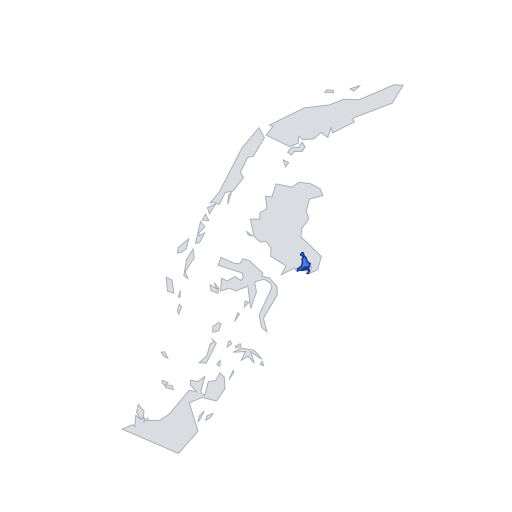 Bulungan, Kalimantan Timur, Indonesia (highlighted), rotated 111°
{"feature_id": "22746128B10941975158621", "entity_name": "Bulungan", "entity_type": "district", "adm_level": 2, "iso_a3": "IDN", "parent_name": "Indonesia", "parent_adm1": "Kalimantan Timur", "projection": "orthographic", "projection_center": [117.459, 2.847], "detail": "fine", "context": "in_parent", "style": "filled", "palette": "blue", "viewbox_px": 512, "rotation_deg": 111, "n_neighbors": 0, "source": "geoboundaries", "source_scale": "gbopen_adm2", "svg_char_len": 8411}
<svg xmlns="http://www.w3.org/2000/svg" viewBox="0 0 512 512"><g transform="rotate(111 256 256)"><path d="M175.5,215.3L183.7,226.5L196.1,225.2L202.5,220.0L213.4,223.1L221.9,221.1L233.0,194.9L246.6,193.5L253.0,199.7L246.1,200.4L255.8,212.8L253.1,215.6L264.5,225.6L254.3,224.5L251.0,242.3L243.1,244.9L238.7,252.0L241.5,256.9L238.5,264.7L223.6,274.6L220.3,265.7L214.2,267.8L207.8,262.8L196.7,268.6L195.1,262.3L181.5,263.0L178.8,246.9L171.9,242.4L169.0,231.3L170.2,220.4L175.5,215.3ZM43.9,179.8L64.4,183.6L90.7,212.9L94.0,215.2L95.5,212.3L113.7,228.6L109.2,232.0L119.6,231.4L117.4,239.6L126.0,244.1L130.6,254.2L128.8,259.0L135.7,257.0L141.8,264.0L139.5,289.7L129.1,286.7L128.9,290.4L100.5,264.1L88.6,241.6L78.2,230.2L73.2,215.7L46.7,188.5L43.9,179.8ZM468.1,257.6L465.6,319.0L457.6,310.5L458.8,308.0L447.8,311.1L449.9,305.0L447.1,301.9L448.1,301.4L449.8,301.6L450.9,301.2L445.9,298.9L448.3,298.2L444.0,287.1L434.8,280.4L405.2,270.2L404.1,262.9L399.9,271.0L395.4,272.6L394.1,265.4L386.9,260.6L402.9,258.9L404.9,253.9L390.1,255.4L386.7,249.0L378.0,247.8L380.5,242.3L391.0,237.4L405.5,240.9L407.4,255.8L416.9,265.7L440.2,247.4L468.1,257.6ZM320.7,225.2L310.0,231.9L279.8,229.9L276.1,232.4L274.8,240.2L280.6,248.0L289.3,242.8L306.9,242.2L287.1,252.8L296.0,262.5L295.6,269.3L301.4,276.6L289.2,280.1L289.6,273.8L282.7,268.4L284.2,261.1L280.4,260.3L276.7,263.0L278.2,288.0L269.9,288.2L270.6,273.3L269.1,268.4L263.4,267.3L262.6,260.9L269.5,243.6L272.8,243.1L271.6,235.8L276.8,225.7L284.5,222.2L311.6,226.7L322.8,218.6L320.7,225.2ZM142.6,290.6L163.7,294.3L167.0,299.1L183.5,300.7L187.3,295.8L203.4,300.6L207.9,307.5L221.1,308.8L221.0,314.5L222.9,317.9L210.3,313.4L160.1,307.8L135.1,299.2L142.6,290.6ZM347.6,226.4L356.5,219.4L352.5,227.5L358.5,232.4L349.0,231.7L354.1,243.0L347.2,236.8L344.7,223.7L350.3,213.5L347.6,226.4ZM351.8,261.8L373.9,264.1L376.0,270.9L367.1,266.0L354.7,267.3L351.2,264.5L349.0,267.8L351.8,261.8ZM300.2,316.4L283.7,319.5L272.1,317.3L279.7,313.0L295.9,316.5L301.5,311.6L300.2,316.4ZM252.8,312.2L263.8,313.5L265.8,317.0L243.7,320.2L247.2,314.2L254.8,317.6L257.3,316.3L252.8,312.2ZM320.2,319.3L320.4,326.1L308.0,332.2L308.7,325.7L320.2,319.3ZM141.7,250.3L144.8,257.9L149.0,259.0L147.7,263.7L141.4,261.3L139.4,255.2L133.2,253.8L136.3,249.4L141.7,250.3ZM444.7,311.5L436.8,312.7L441.0,305.0L447.2,303.2L449.0,306.0L444.7,311.5ZM274.0,323.6L279.1,326.8L281.4,330.4L276.2,331.7L264.1,325.0L274.0,323.6ZM339.2,264.0L342.7,269.1L337.5,271.0L331.6,267.2L332.0,264.2L339.2,264.0ZM221.7,312.3L233.4,314.6L228.1,318.7L221.7,312.3ZM240.0,312.7L241.7,319.0L234.9,318.1L240.0,312.7ZM162.2,260.3L156.6,265.1L157.0,259.0L162.2,260.3ZM410.3,285.3L411.3,293.5L408.8,293.9L406.9,288.0L410.3,285.3ZM217.9,300.9L209.0,303.4L205.2,301.9L217.9,300.9ZM304.4,278.1L304.4,285.5L299.2,288.6L301.3,278.8L304.4,278.1ZM59.5,219.7L67.1,224.1L66.1,228.0L59.5,219.7ZM78.3,250.5L75.2,248.9L73.8,242.8L76.1,242.6L78.3,250.5ZM379.8,310.0L378.2,307.0L383.0,301.6L382.7,306.4L379.8,310.0ZM372.2,235.0L381.2,236.9L371.0,236.3L372.2,235.0ZM316.2,250.6L324.7,252.6L315.4,252.5L316.2,250.6ZM300.3,281.7L295.8,285.4L299.8,278.8L300.3,281.7ZM418.4,239.8L423.0,240.5L427.3,243.9L423.2,244.8L418.4,239.8ZM338.0,307.3L334.9,310.0L328.6,310.3L330.3,307.3L338.0,307.3ZM409.7,294.9L407.6,298.8L405.5,298.7L405.9,292.6L409.7,294.9ZM351.5,250.3L345.9,251.0L344.4,249.7L346.7,247.2L351.5,250.3ZM419.1,248.8L425.7,249.3L431.9,250.6L425.9,251.6L419.1,248.8ZM301.9,246.1L307.7,248.6L301.8,250.0L301.9,246.1ZM355.8,213.2L352.0,212.5L355.6,209.6L355.8,213.2ZM315.2,314.4L321.5,312.2L322.3,313.6L315.2,314.4ZM372.0,250.4L371.0,253.8L366.3,252.1L368.7,251.1L372.0,250.4ZM239.1,270.8L236.6,273.1L238.6,265.9L239.1,270.8ZM346.0,237.6L348.9,242.2L347.8,242.9L343.5,239.3L346.0,237.6Z" fill="#d9dde1" stroke="#a8b0b8" stroke-width="1"/><path d="M255.0,211.7L253.2,209.9L253.1,208.7L252.3,208.4L251.3,208.4L251.3,208.1L251.7,208.0L251.8,207.7L251.6,207.8L251.3,207.7L251.2,207.6L251.2,207.4L250.9,207.4L249.9,206.9L249.9,206.7L249.7,206.6L249.4,206.7L249.3,206.8L249.2,206.7L249.2,206.9L249.0,206.7L248.9,206.9L248.9,207.1L248.9,206.8L249.3,206.0L249.2,205.9L248.9,205.8L248.9,205.6L249.0,205.6L249.3,205.5L249.1,205.5L249.0,205.3L249.1,205.2L249.3,205.4L249.5,205.2L250.0,205.1L249.7,204.7L248.9,204.6L248.6,204.8L248.2,204.8L248.2,205.1L248.2,204.8L248.6,204.7L248.6,204.4L248.1,204.6L247.9,204.5L247.5,204.7L247.8,204.5L248.3,204.4L248.1,204.1L247.9,204.3L248.1,204.1L247.1,203.8L248.2,203.8L248.2,204.0L248.5,204.0L248.7,204.3L249.2,204.1L249.4,203.9L249.0,203.9L249.0,203.7L248.7,203.5L249.1,203.5L249.2,203.3L249.3,203.2L249.2,202.8L248.8,202.7L248.7,202.9L248.4,202.9L248.5,203.1L248.4,202.9L248.5,202.8L248.7,202.5L248.3,202.3L247.9,203.3L247.3,202.9L246.7,203.0L246.4,202.5L246.1,202.4L245.2,202.6L244.0,202.6L243.5,202.8L243.3,202.6L243.7,203.6L243.8,204.2L243.6,204.6L243.1,204.7L243.0,205.3L243.1,206.0L242.4,206.3L241.6,207.4L240.3,208.1L240.2,208.4L239.2,209.3L239.1,210.2L238.6,211.3L238.3,211.2L237.8,212.0L237.1,212.1L236.4,213.3L236.0,213.3L236.0,213.5L236.6,214.4L237.3,214.3L237.6,214.6L237.8,214.5L238.8,214.9L239.1,214.6L239.0,213.3L240.3,211.5L240.2,211.0L241.5,211.5L241.5,211.8L242.9,211.7L244.0,210.9L246.3,210.1L247.7,210.2L248.6,209.9L249.5,210.0L250.4,210.9L251.1,211.1L251.4,210.9L252.8,212.7L253.3,212.7L253.8,212.1L254.4,212.1L255.0,211.7ZM253.8,201.3L253.2,200.7L252.8,200.9L252.8,201.2L253.8,202.0L253.8,201.3ZM250.7,205.7L250.3,205.7L249.9,205.8L249.6,206.1L249.4,206.0L249.0,206.7L249.1,206.8L249.1,206.7L250.0,206.6L249.9,206.5L249.9,206.4L250.3,205.7L250.6,205.7L250.9,206.0L250.7,205.7ZM251.0,201.3L249.5,201.1L249.9,201.2L249.8,201.4L250.7,201.5L250.8,201.8L251.5,201.7L251.0,201.3ZM249.9,203.1L249.3,203.3L249.3,203.6L249.8,203.6L250.0,203.4L250.1,203.5L250.5,203.7L250.4,203.3L249.9,203.1ZM252.4,207.3L250.8,207.3L251.2,207.4L251.3,207.7L252.4,207.5L252.4,207.3ZM252.0,206.4L251.2,206.6L251.0,206.8L251.2,207.0L252.2,206.8L252.0,206.4ZM250.0,205.2L249.3,205.4L249.4,205.5L249.5,205.6L249.4,205.7L249.2,205.8L249.3,206.0L249.4,205.9L249.6,206.0L249.9,205.6L250.2,205.4L250.0,205.2ZM251.5,205.8L251.1,205.9L250.9,205.8L250.9,206.0L250.6,205.9L250.6,206.0L250.9,206.2L251.1,206.5L251.5,206.1L251.5,205.8ZM251.5,200.8L250.8,200.8L250.4,200.7L251.5,201.2L251.9,201.1L251.5,200.8ZM250.3,202.4L249.9,202.5L249.9,203.0L250.4,203.0L250.3,202.4ZM252.6,208.1L252.1,207.8L251.7,208.1L252.1,208.3L252.6,208.1ZM250.2,206.8L249.9,206.9L250.4,207.1L251.2,207.0L250.9,206.8L250.6,206.9L250.4,206.9L250.2,206.8ZM252.2,206.9L251.6,207.0L251.1,207.2L252.4,207.2L252.2,206.9ZM249.9,206.7L250.2,206.7L250.4,206.7L250.5,206.5L250.8,206.4L250.9,206.2L250.6,206.3L250.1,206.6L249.9,206.7ZM249.3,205.5L249.1,205.2L249.3,205.5L249.1,205.7L248.9,205.6L249.0,205.9L249.4,205.7L249.3,205.5ZM249.9,203.7L250.1,203.4L249.8,203.7L249.2,203.7L249.6,204.0L249.9,203.7ZM251.0,205.8L251.5,205.7L250.9,205.6L251.0,205.8ZM250.8,205.4L250.4,205.5L251.0,205.5L251.0,205.4L250.8,205.4ZM250.6,206.9L251.0,206.6L250.8,206.4L250.7,206.7L250.4,206.7L250.5,206.8L250.6,206.9ZM250.6,205.8L250.2,206.0L250.4,206.1L250.6,205.8ZM250.1,206.6L250.2,206.1L250.0,206.3L249.9,206.5L250.1,206.6ZM249.2,203.6L249.3,203.5L249.3,203.4L249.1,203.9L249.2,203.6ZM250.3,205.6L250.0,205.5L249.9,205.8L250.3,205.6ZM248.3,204.4L248.5,204.1L248.2,204.1L248.3,204.4ZM251.5,205.2L251.2,205.1L251.5,205.2ZM250.1,200.8L250.3,200.8L250.0,200.7L250.1,200.8ZM250.5,206.2L250.3,206.0L250.3,206.4L250.5,206.2ZM251.1,205.5L251.4,205.4L251.1,205.5L251.1,205.5ZM251.0,205.4L251.2,205.2L250.9,205.3L251.0,205.4ZM250.4,206.9L250.4,206.7L250.3,206.8L250.4,206.9ZM249.5,206.1L249.4,205.9L249.5,206.1ZM251.7,206.4L251.7,206.5L251.7,206.4ZM250.6,207.2L250.8,207.2L250.5,207.2L250.6,207.2ZM251.5,208.2L251.4,208.1L251.5,208.2ZM247.8,204.6L247.7,204.6L247.8,204.6ZM250.5,205.6L250.3,205.6L250.5,205.6L250.5,205.6ZM249.9,206.4L250.0,206.4L249.9,206.4ZM250.9,205.4L250.7,205.3L250.9,205.4ZM251.0,207.1L250.9,207.1L251.0,207.1ZM250.2,206.7L250.4,206.7L250.2,206.7ZM249.9,205.6L250.0,205.5L249.9,205.6ZM251.0,201.1L250.9,201.1L251.0,201.1ZM250.4,206.3L250.5,206.3L250.5,206.2L250.4,206.3ZM251.8,201.3L251.7,201.3L251.8,201.3ZM247.7,204.6L247.8,204.6L247.7,204.6L247.7,204.6ZM249.9,205.8L249.9,205.7L249.8,205.8L249.9,205.8ZM249.2,203.7L249.3,203.6L249.2,203.6L249.2,203.7ZM253.8,200.8L253.7,200.8L253.8,200.8L253.8,200.8ZM248.0,204.0L247.9,204.0L248.0,204.0Z" fill="#3b82f6" stroke="#1e3a8a" stroke-width="1.5"/></g></svg>